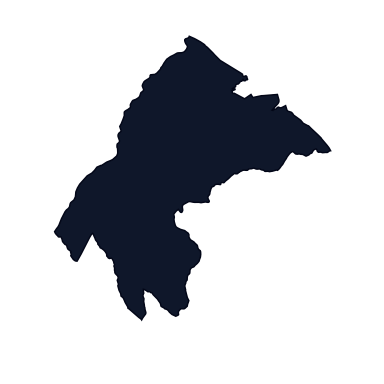 the district of Gnral. Antonio Elizalde, Bolivar, Ecuador, rotated 118°
{"feature_id": "8360857B53481091829171", "entity_name": "Gnral. Antonio Elizalde", "entity_type": "district", "adm_level": 2, "iso_a3": "ECU", "parent_name": "Ecuador", "parent_adm1": "Bolivar", "projection": "natural_earth1", "projection_center": [-79.193, -2.142], "detail": "fine", "context": "isolated", "style": "filled", "palette": "ink", "viewbox_px": 384, "rotation_deg": 118, "n_neighbors": 0, "source": "geoboundaries", "source_scale": "gbopen_adm2", "svg_char_len": 6032}
<svg xmlns="http://www.w3.org/2000/svg" viewBox="0 0 384 384"><g transform="rotate(118 192 192)"><path d="M79.1,126.1L77.6,129.8L76.4,138.4L75.5,139.9L75.0,141.4L75.0,142.0L75.6,145.2L75.5,145.7L75.2,146.5L71.8,149.9L75.2,152.3L75.8,152.9L76.3,153.6L76.5,155.6L76.8,155.9L77.5,156.3L79.5,156.9L79.7,157.1L80.0,157.9L82.0,158.7L82.2,159.8L73.6,157.6L71.6,157.6L70.0,158.4L65.8,162.4L73.4,174.2L74.4,175.9L80.0,182.6L78.2,185.7L85.0,189.3L85.0,201.0L85.7,202.1L85.0,203.6L84.4,203.5L84.1,203.7L83.7,204.5L83.0,203.4L81.7,202.3L81.4,202.1L80.9,202.3L80.9,202.7L82.0,204.5L81.9,204.9L80.8,204.5L78.9,203.1L78.5,203.0L77.0,203.6L76.6,203.6L75.9,203.2L74.9,201.9L73.1,201.3L71.6,201.3L70.9,200.2L70.6,200.0L68.6,199.9L68.5,199.7L69.4,198.9L69.3,198.1L68.5,197.0L67.1,196.7L66.8,195.8L66.4,195.8L65.1,197.4L64.7,197.4L64.1,198.6L64.4,199.3L65.1,199.4L65.2,200.1L65.7,200.8L65.6,201.8L64.3,202.7L64.1,204.5L62.6,228.9L60.3,236.4L59.4,238.8L57.1,246.3L56.4,250.3L56.0,250.2L55.5,254.9L55.4,259.7L55.4,261.9L55.8,267.5L56.4,267.4L57.5,267.6L58.4,268.2L59.8,269.6L60.9,269.9L61.9,269.4L63.1,268.2L64.0,267.0L64.8,265.3L65.9,264.1L68.6,263.9L71.1,264.4L72.6,265.1L74.0,266.7L75.7,269.6L76.4,270.4L79.6,272.4L82.6,274.6L86.6,276.6L91.0,277.2L95.1,277.3L96.7,277.8L98.4,277.5L103.4,278.8L105.5,279.9L107.9,283.5L108.7,283.7L109.7,283.2L110.9,283.0L112.0,283.4L115.8,285.6L117.1,286.1L119.9,286.1L121.2,285.9L121.8,285.6L124.3,282.7L125.8,282.6L128.2,283.7L128.8,283.7L131.5,283.2L132.7,283.2L133.7,283.5L135.1,284.2L136.6,285.1L138.8,287.1L139.8,287.4L143.0,287.5L144.2,287.3L145.7,286.3L146.5,286.1L149.6,287.5L150.5,288.2L152.0,289.0L152.9,289.3L153.7,289.1L156.4,287.6L160.2,287.0L165.1,286.5L168.0,286.6L169.1,285.5L171.0,283.5L171.6,283.2L172.2,283.3L174.6,284.2L176.2,284.1L176.9,283.8L177.7,283.3L180.5,280.3L181.1,279.9L181.9,279.7L182.7,279.7L184.6,280.5L185.3,280.4L186.5,279.9L187.7,279.2L188.6,278.1L192.0,276.1L193.3,275.6L195.6,275.4L200.6,277.3L202.3,278.5L205.6,281.3L211.3,284.5L211.4,285.0L214.7,287.6L218.6,288.2L222.3,289.3L226.9,292.1L237.8,294.8L242.3,295.0L246.4,294.6L250.9,292.7L254.0,292.5L254.8,292.6L257.6,293.8L258.5,294.1L259.8,294.0L262.5,293.2L263.9,293.3L265.2,293.7L266.7,294.4L269.0,294.8L276.8,294.7L283.8,293.9L286.4,294.0L287.4,294.3L291.5,294.7L292.5,293.4L293.3,291.7L293.7,290.2L294.3,288.9L294.1,288.1L293.2,287.2L293.3,286.5L294.5,284.8L296.5,283.0L296.9,282.2L297.9,279.6L297.8,278.3L298.1,277.5L299.8,275.9L300.6,274.9L300.8,274.2L301.3,271.2L301.9,270.7L302.6,270.6L303.2,269.7L303.6,269.4L305.2,269.1L307.3,265.1L307.6,263.2L307.5,262.2L307.0,261.0L298.7,260.8L280.3,261.1L276.8,260.9L275.1,260.3L275.6,259.3L277.1,257.6L278.2,256.1L279.6,254.6L280.9,251.6L281.3,251.2L282.2,250.7L283.2,248.3L284.3,246.9L284.3,244.6L284.8,242.2L285.4,240.6L286.7,238.4L288.6,237.1L288.9,236.0L289.5,235.0L289.5,233.7L288.4,232.4L288.2,231.9L288.3,231.4L289.9,228.9L291.8,227.2L292.5,226.2L294.0,226.2L295.4,224.7L297.4,223.7L298.4,222.8L299.3,222.3L300.0,221.4L301.0,218.3L301.9,217.2L302.9,216.7L304.7,216.6L305.1,216.5L307.7,213.9L308.3,213.6L309.4,213.5L309.9,213.2L313.1,210.2L315.2,207.2L317.2,205.8L317.6,203.6L318.2,202.4L320.9,199.1L323.5,194.9L324.8,193.8L324.7,193.0L327.7,180.0L327.9,178.4L328.2,177.1L328.6,176.4L326.3,176.4L321.5,175.7L320.6,175.9L319.9,176.3L317.7,178.4L316.3,179.3L315.5,180.2L314.1,181.1L311.3,183.3L308.8,184.3L307.1,186.3L306.7,186.6L305.7,186.9L304.0,187.1L302.3,188.4L300.7,189.3L300.5,188.7L300.5,186.3L300.8,184.3L300.4,183.4L299.8,182.5L299.8,182.1L300.2,181.4L299.8,180.0L300.9,178.1L302.8,172.1L303.8,170.4L304.4,169.0L305.4,167.4L307.2,165.9L307.5,165.4L307.5,162.5L307.9,161.1L307.5,159.4L307.6,158.0L308.0,156.9L308.7,155.5L309.5,152.2L309.3,148.0L307.3,146.5L306.6,146.3L304.8,147.5L303.8,147.8L302.7,147.7L300.7,147.2L300.1,146.6L298.9,144.2L298.0,143.6L295.1,142.6L293.2,143.2L289.4,143.8L287.4,146.6L281.9,151.6L281.4,151.7L278.6,154.1L277.3,154.6L275.7,154.7L273.9,155.3L272.0,155.0L269.4,156.2L267.9,156.6L267.0,156.5L265.5,155.9L264.6,155.9L261.9,157.1L260.9,157.2L259.6,157.0L259.0,156.8L257.5,155.5L256.8,155.1L255.4,154.9L252.5,153.8L249.8,153.3L248.0,153.7L245.6,154.0L243.0,155.0L240.8,156.3L240.0,157.1L239.6,159.1L239.1,160.0L238.3,160.9L237.1,161.8L236.4,162.8L235.9,165.0L235.2,166.9L234.9,171.1L233.3,173.5L231.0,174.8L230.4,175.7L230.1,176.3L229.9,178.3L229.5,180.3L230.4,184.6L230.5,188.3L230.2,189.8L229.2,191.2L226.7,193.6L224.6,195.1L222.5,195.8L220.3,197.6L219.9,197.7L216.3,197.0L213.8,196.0L215.1,192.9L215.2,192.4L215.0,191.8L214.4,191.4L212.8,191.5L212.0,191.9L209.8,193.5L208.4,194.0L207.4,193.8L206.2,193.2L202.0,190.4L201.3,189.1L200.5,186.4L199.8,184.6L197.9,181.2L197.2,179.0L194.5,175.5L193.8,173.4L193.4,172.7L193.1,172.4L192.5,172.3L191.9,172.5L190.6,174.4L189.7,175.2L189.0,175.6L187.9,175.7L186.1,175.3L185.1,175.5L183.8,176.0L180.2,176.8L178.0,176.7L176.8,175.5L175.1,175.1L174.2,174.7L173.0,172.8L172.2,170.5L171.7,170.3L170.6,170.6L169.9,170.5L169.4,170.0L169.1,168.7L168.6,168.1L166.6,167.6L163.2,166.1L159.6,165.0L155.8,163.3L155.4,162.8L155.4,161.9L154.7,160.7L154.1,160.3L153.0,160.0L152.1,159.3L151.1,159.1L150.2,158.1L149.0,157.4L148.2,156.2L147.4,154.3L146.6,153.1L145.5,152.9L145.0,152.5L144.2,151.6L143.7,150.6L142.0,148.8L141.8,148.4L141.7,146.7L141.3,145.4L140.5,144.1L139.9,143.4L139.8,141.0L139.1,138.9L139.5,137.7L139.5,137.3L139.3,136.8L138.0,134.6L137.7,133.2L135.7,130.6L133.2,128.0L132.7,127.2L132.7,126.7L131.4,126.1L129.1,125.6L127.1,125.4L125.2,124.9L120.9,124.8L118.4,124.5L116.2,124.5L113.1,124.0L111.1,123.5L109.3,122.4L109.0,121.8L109.0,121.2L109.6,119.1L109.7,118.2L109.1,116.7L108.1,115.3L107.6,113.6L107.0,112.4L106.8,111.5L106.8,108.4L106.6,108.0L104.3,106.2L103.2,106.0L101.3,104.5L98.5,104.4L97.8,104.3L96.1,103.1L95.8,102.8L95.9,101.9L96.7,100.9L97.3,100.3L97.5,99.0L96.4,97.2L96.0,95.2L94.2,92.4L93.7,91.3L93.1,90.8L91.2,89.9L90.5,89.0L88.8,91.6L87.4,94.6L84.3,102.4L83.7,103.4L82.3,108.0L80.1,116.2L78.9,120.1L79.1,121.4L79.1,126.1Z" fill="#0f172a" stroke="#020617" stroke-width="1.5"/></g></svg>